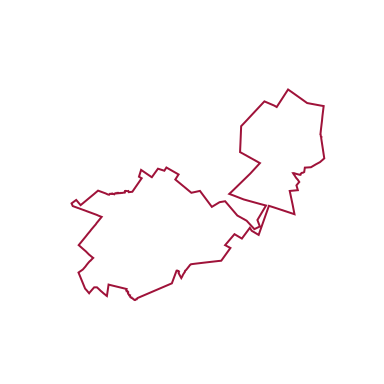 Salinas, San Luis Potosí, Mexico, rotated 28°
{"feature_id": "50627088B4619703066828", "entity_name": "Salinas", "entity_type": "district", "adm_level": 2, "iso_a3": "MEX", "parent_name": "Mexico", "parent_adm1": "San Luis Potosí", "projection": "mercator", "projection_center": [-101.675, 22.823], "detail": "fine", "context": "isolated", "style": "outline", "palette": "rose", "viewbox_px": 384, "rotation_deg": 28, "n_neighbors": 0, "source": "geoboundaries", "source_scale": "gbopen_adm2", "svg_char_len": 4697}
<svg xmlns="http://www.w3.org/2000/svg" viewBox="0 0 384 384"><g transform="rotate(28 192 192)"><path d="M91.0,258.6L93.3,260.4L118.8,256.9L120.6,256.8L122.2,256.6L123.9,256.4L122.7,262.6L122.4,264.0L122.2,265.9L121.7,268.0L120.7,272.6L120.4,274.5L120.1,275.9L119.6,278.3L119.2,280.6L118.9,282.1L116.9,292.1L123.7,293.7L126.0,294.2L129.2,295.2L130.5,295.6L132.1,295.9L133.4,296.2L135.7,296.6L135.4,297.5L134.9,299.2L134.6,300.4L134.4,300.7L134.1,301.5L133.7,303.2L133.2,305.8L132.9,307.9L132.0,311.7L129.6,316.4L143.0,327.5L143.6,327.7L145.0,328.2L148.7,329.7L148.8,328.9L149.0,328.0L149.2,327.2L149.4,326.3L149.6,325.4L149.8,324.5L149.9,324.2L150.0,323.6L150.4,322.1L152.8,320.8L154.8,321.3L156.6,321.8L157.9,322.2L159.0,322.4L161.5,323.0L163.0,323.3L163.8,323.4L164.5,323.6L164.9,323.7L165.7,323.8L163.1,316.5L161.8,312.9L163.6,312.5L179.6,308.4L179.6,308.6L179.8,308.6L179.8,309.1L179.9,309.4L180.0,309.4L180.1,309.5L180.1,309.4L180.3,309.5L180.5,309.6L180.8,309.7L181.0,309.8L181.4,309.8L181.6,309.9L181.8,310.0L182.0,310.2L182.3,310.1L182.5,310.2L182.5,310.3L182.7,310.5L182.6,310.8L182.7,311.1L182.8,311.2L183.0,311.3L183.1,311.6L183.3,311.8L183.5,311.9L183.9,312.0L184.3,312.1L184.5,312.2L184.8,312.4L185.0,312.3L185.2,312.6L185.3,312.7L185.3,312.8L185.5,312.8L185.7,312.7L185.7,312.8L185.8,312.9L186.0,312.9L186.2,313.0L186.3,313.1L186.5,313.3L186.7,313.5L186.8,313.5L187.0,313.6L187.1,313.8L187.5,313.8L187.6,313.7L187.8,313.8L188.0,313.7L188.2,313.8L188.3,313.7L188.4,313.8L188.5,313.8L188.8,313.9L189.0,313.9L189.4,313.8L189.6,313.8L189.9,313.9L190.3,314.1L190.6,314.1L191.0,314.2L191.5,314.3L192.0,314.3L192.4,314.2L192.5,314.1L192.5,313.9L192.4,313.7L192.5,313.6L192.7,313.4L193.0,313.2L193.3,312.9L193.2,312.7L193.3,312.6L193.4,312.4L193.5,312.4L193.5,312.2L193.5,311.9L193.7,311.7L193.7,311.4L193.7,311.2L217.1,282.1L215.3,268.7L215.5,268.5L215.8,268.7L216.0,268.4L216.3,268.3L216.6,268.3L216.8,268.3L216.9,268.2L217.0,268.2L217.3,268.1L217.5,267.9L217.9,267.8L217.9,267.7L218.1,269.8L222.9,273.0L222.9,272.7L223.0,272.5L223.0,272.3L223.0,271.9L223.0,271.0L222.9,269.8L222.9,268.6L223.0,268.0L223.0,267.5L223.0,267.3L223.1,266.9L223.2,266.3L223.2,265.8L223.0,265.6L223.0,265.3L222.9,265.1L222.9,264.7L223.1,264.5L223.2,264.2L223.4,263.6L223.6,262.5L223.7,262.0L223.8,261.5L223.9,261.0L224.0,260.3L224.1,260.1L224.1,259.8L224.1,259.6L224.2,259.3L224.2,259.2L224.3,258.9L224.3,258.7L224.4,257.9L224.5,257.7L224.5,257.4L224.6,257.2L224.7,256.9L224.8,256.7L225.0,256.5L225.1,256.4L225.1,256.2L228.2,254.0L237.0,247.9L247.9,240.4L249.0,239.7L250.1,238.9L252.2,223.4L246.2,223.4L249.3,209.3L257.9,209.7L259.9,196.5L262.9,198.2L271.0,198.6L266.4,168.1L271.9,167.1L292.9,163.5L287.0,156.2L278.3,145.8L277.8,145.2L284.6,140.7L281.1,137.1L281.5,135.1L282.0,132.8L280.7,132.1L280.0,131.7L279.1,131.3L278.5,131.1L277.5,130.7L276.5,130.2L275.2,129.4L274.3,129.0L273.8,128.7L272.8,128.2L272.6,128.0L272.4,127.9L272.7,127.7L273.5,127.4L274.3,127.3L275.7,127.0L278.3,126.4L278.8,126.3L279.0,126.2L279.6,126.0L279.7,125.9L279.8,125.7L279.5,125.2L279.4,125.1L279.5,124.7L279.9,123.6L280.2,123.4L280.6,123.1L280.8,123.0L281.1,122.6L281.7,121.7L280.2,117.5L285.4,114.3L288.4,109.4L291.0,105.5L293.0,100.2L280.8,83.8L280.5,82.7L279.9,82.7L278.4,80.6L278.2,80.6L278.1,80.2L276.6,76.5L275.0,72.4L273.3,68.0L271.4,63.4L267.9,54.3L264.9,55.3L255.1,58.4L253.8,58.8L251.9,59.4L239.8,57.8L228.7,56.4L226.9,77.2L224.0,77.1L213.4,78.0L209.9,90.9L206.1,105.1L204.5,110.8L211.7,125.8L215.7,134.2L238.4,134.6L234.8,148.4L229.9,163.7L227.0,172.7L225.8,176.2L230.1,175.6L241.1,174.3L257.3,170.7L263.7,169.2L262.9,186.0L268.1,190.6L264.5,195.5L253.7,191.7L243.1,191.5L225.6,184.6L221.7,187.6L221.1,188.1L216.5,195.8L198.5,187.3L191.8,193.0L171.4,188.8L171.9,182.8L157.9,182.4L157.6,186.2L151.0,187.4L149.6,197.8L149.2,197.8L136.7,196.4L138.0,203.4L141.1,203.5L139.2,219.8L136.3,221.8L135.3,221.0L134.6,221.6L133.9,221.8L132.8,222.2L132.4,222.5L132.8,223.5L132.6,223.6L132.8,224.2L132.2,224.5L131.5,225.0L131.3,225.2L131.1,225.4L130.1,226.0L129.8,226.2L129.7,226.2L129.6,226.4L129.3,226.6L129.2,226.6L128.3,227.2L128.0,227.4L127.9,227.2L127.6,227.2L127.1,227.5L126.9,227.6L127.2,227.9L126.6,228.3L126.4,228.1L126.1,228.4L125.9,228.5L125.2,228.9L125.3,229.2L125.0,229.4L124.9,229.4L124.6,229.6L124.3,230.0L124.4,230.5L123.1,230.8L123.1,230.7L122.8,230.7L122.7,230.7L122.6,230.9L122.1,230.9L122.0,231.0L121.7,231.3L121.8,231.4L121.9,231.5L121.5,231.7L121.0,231.9L120.9,231.9L120.5,232.0L120.3,232.3L120.1,233.3L119.8,233.4L119.4,233.5L118.7,233.7L116.4,233.8L108.4,234.9L106.2,240.4L103.8,246.2L101.4,252.1L99.8,255.9L96.0,254.4L95.3,254.1L93.5,253.4L91.0,258.6Z" fill="none" stroke="#9f1239" stroke-width="2"/></g></svg>